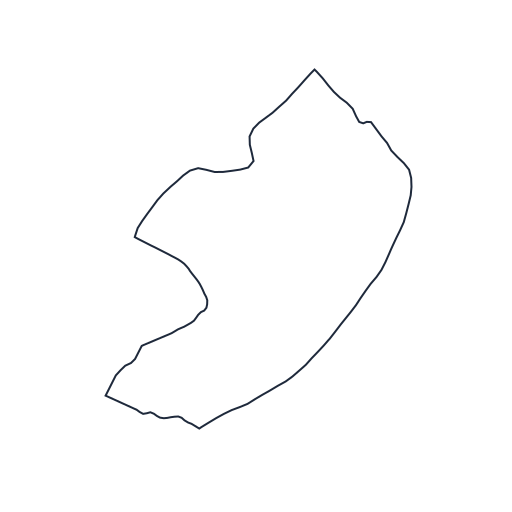 Bayhan, Shabwah, Yemen (Albers equal-area conic projection), rotated 27°
{"feature_id": "15242507B90213953607166", "entity_name": "Bayhan", "entity_type": "district", "adm_level": 2, "iso_a3": "YEM", "parent_name": "Yemen", "parent_adm1": "Shabwah", "projection": "albers", "projection_center": [45.708, 14.757], "detail": "fine", "context": "isolated", "style": "outline", "palette": "slate", "viewbox_px": 512, "rotation_deg": 27, "n_neighbors": 0, "source": "geoboundaries", "source_scale": "gbopen_adm2", "svg_char_len": 2210}
<svg xmlns="http://www.w3.org/2000/svg" viewBox="0 0 512 512"><g transform="rotate(27 256 256)"><path d="M185.4,448.7L219.6,447.2L223.1,447.8L227.1,447.9L230.2,445.6L232.8,443.2L236.7,442.9L240.3,443.5L243.8,443.6L247.5,442.4L250.5,440.5L253.3,438.3L256.5,436.1L259.6,434.3L263.2,433.9L266.9,434.9L271.1,435.2L274.7,434.8L283.8,435.5L285.1,433.1L289.4,426.1L294.2,418.4L299.1,411.2L304.4,404.2L310.2,397.9L315.6,391.6L320.3,383.7L324.8,376.6L328.8,370.6L329.7,369.2L334.4,361.7L339.4,354.3L343.2,346.8L346.6,338.4L349.8,330.3L352.0,321.9L354.6,313.4L357.0,305.0L358.8,297.8L359.2,296.5L360.9,287.7L362.4,279.5L362.5,278.8L364.1,271.2L365.9,262.6L367.4,254.3L368.3,245.9L369.5,237.0L370.8,228.7L372.9,220.0L374.1,211.5L374.1,202.8L373.6,193.6L373.3,189.1L373.1,184.7L372.8,176.1L372.7,167.7L372.3,158.8L370.5,149.9L368.4,140.5L366.3,131.7L363.2,123.9L358.8,116.0L353.2,109.6L345.5,106.1L337.1,103.6L328.6,100.6L321.5,95.8L313.7,92.5L297.7,84.5L293.8,86.2L291.3,89.1L287.1,89.7L281.8,86.1L275.3,80.9L267.2,78.2L259.0,76.8L250.8,74.4L243.0,71.2L234.8,67.4L226.4,64.2L223.5,63.3L221.7,69.0L219.5,77.1L217.0,86.7L214.5,95.2L212.3,103.9L209.0,112.2L205.7,120.9L202.0,128.3L198.3,135.7L195.8,143.7L196.0,152.4L200.0,159.7L205.5,166.1L210.7,172.5L208.9,180.7L202.7,186.2L195.9,191.0L188.7,195.9L181.1,199.9L172.5,201.8L164.6,204.0L158.4,209.9L154.6,217.3L151.7,225.2L148.5,232.9L145.1,242.3L142.8,251.0L141.4,259.6L140.0,267.8L138.7,276.4L137.9,284.8L139.2,293.2L139.4,294.2L143.6,294.3L147.1,294.3L150.6,294.3L154.2,294.3L158.1,294.3L161.7,294.2L164.0,294.2L165.7,294.2L169.9,294.2L173.4,294.2L177.4,294.2L180.9,294.3L184.4,294.3L188.2,294.4L191.7,294.8L195.5,295.5L196.6,295.9L198.8,296.7L201.9,298.0L203.8,299.2L207.1,300.8L210.2,302.2L214.1,304.0L217.0,305.5L217.9,306.1L218.2,306.2L221.2,308.3L224.1,310.5L227.1,313.0L230.2,315.1L232.7,317.6L234.4,321.2L235.3,324.6L234.6,328.2L232.4,331.0L231.2,334.6L230.7,338.2L230.1,341.8L228.4,345.1L226.3,348.3L224.3,351.3L224.2,351.5L221.9,354.2L219.7,356.9L217.8,360.0L215.9,363.0L213.7,365.7L211.3,368.5L196.3,386.3L195.0,388.0L195.0,393.6L195.0,402.7L193.2,408.1L189.3,413.1L187.3,418.9L185.3,426.0L185.4,448.7Z" fill="none" stroke="#1e293b" stroke-width="2"/></g></svg>